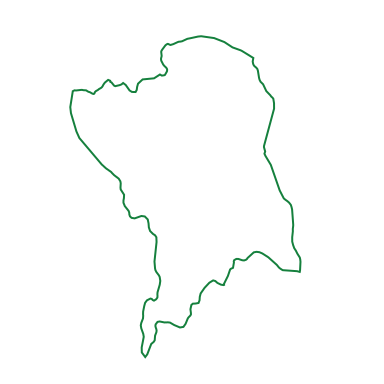 SVG path tracing the border of Rôtânôkiri, rotated 167°
{"feature_id": "KHM-1795", "entity_name": "Rôtânôkiri", "entity_type": "Province", "adm_level": 1, "iso_a3": "KHM", "parent_name": "Cambodia", "parent_adm1": "", "projection": "albers", "projection_center": [107.133, 13.934], "detail": "fine", "context": "isolated", "style": "outline", "palette": "green", "viewbox_px": 384, "rotation_deg": 167, "n_neighbors": 0, "source": "natural_earth", "source_scale": "10m", "svg_char_len": 3512}
<svg xmlns="http://www.w3.org/2000/svg" viewBox="0 0 384 384"><g transform="rotate(167 192 192)"><path d="M274.7,41.7L277.0,46.9L276.0,51.8L271.6,61.7L271.4,64.7L272.1,70.6L271.9,73.6L270.9,75.8L268.2,79.8L267.4,82.4L267.2,83.8L266.5,86.5L264.2,91.6L262.6,94.6L260.2,96.6L256.5,97.5L255.3,96.9L254.6,95.6L253.5,94.7L251.1,95.5L249.5,96.9L249.0,98.5L248.7,100.3L248.1,102.1L244.3,108.9L242.9,112.5L242.6,116.5L243.0,118.2L244.7,122.0L245.2,124.0L245.2,125.8L244.2,132.7L237.8,151.2L236.9,155.9L237.7,158.1L239.5,160.0L241.6,163.4L242.0,167.2L241.4,171.2L241.3,175.2L243.5,178.8L246.7,180.0L253.8,179.2L256.7,180.4L257.9,182.2L258.1,184.1L257.8,186.0L258.0,187.8L260.7,193.5L260.8,194.5L261.2,196.9L260.7,199.1L259.7,201.4L258.8,204.6L260.9,210.5L260.7,212.3L259.5,216.5L259.4,218.5L260.4,221.5L264.0,225.8L265.8,228.7L266.2,229.6L270.5,234.4L273.8,239.2L289.6,269.9L291.0,277.0L292.2,296.1L291.5,302.1L285.5,317.0L285.4,317.0L283.7,317.5L282.1,317.0L276.9,316.4L275.8,316.1L275.1,315.7L273.1,315.1L272.4,314.9L272.0,314.6L271.1,313.6L270.4,313.0L268.9,312.1L267.0,310.3L266.0,309.7L265.4,309.7L264.9,310.0L264.3,311.0L263.8,311.4L263.0,311.9L260.7,312.6L259.5,313.2L257.2,313.9L256.6,314.2L256.1,314.5L255.3,315.2L254.2,316.5L253.0,317.6L252.1,318.3L248.5,320.1L246.7,318.8L246.8,317.7L245.8,316.9L244.0,313.2L243.0,312.4L238.5,312.4L236.5,312.7L234.6,313.7L232.5,311.2L230.0,305.0L228.0,303.0L224.5,302.1L222.9,303.9L221.8,306.8L220.2,309.7L214.8,312.8L203.4,311.3L196.8,313.7L195.2,312.2L192.9,312.0L192.3,312.1L192.0,312.2L189.5,314.9L189.1,315.5L188.9,316.1L188.7,316.8L188.7,317.5L189.1,318.8L189.8,319.9L190.5,320.9L191.1,322.1L191.4,322.7L192.1,325.6L192.2,325.8L192.4,326.9L192.4,327.6L192.3,328.4L192.1,329.1L191.8,329.7L191.2,330.8L190.9,331.7L190.5,335.4L190.2,336.1L189.8,336.6L188.9,337.5L184.9,340.9L183.6,341.5L182.5,341.8L181.9,341.6L181.4,341.2L180.9,340.8L180.4,340.4L179.8,340.1L176.9,340.3L172.1,341.3L170.8,341.4L170.0,341.2L167.8,341.1L162.1,342.3L159.1,342.2L151.2,342.1L148.0,341.7L135.8,337.0L126.7,330.8L120.0,323.8L112.7,319.1L111.5,318.1L102.1,308.8L103.5,305.5L103.6,303.2L103.5,302.4L103.3,301.6L103.0,300.9L102.7,300.4L101.5,298.8L100.7,297.3L100.5,295.4L101.0,288.1L100.9,286.0L100.4,284.0L98.5,281.0L96.9,273.6L93.9,268.6L93.3,267.1L92.4,265.9L91.8,264.6L92.1,260.0L93.3,254.7L111.4,220.8L111.8,219.6L111.6,215.0L112.8,213.0L112.3,210.6L109.1,200.7L106.2,173.8L104.0,165.1L102.7,163.4L101.1,161.6L99.8,159.8L98.6,157.2L98.4,154.9L98.4,152.4L100.7,137.6L101.0,136.3L102.1,133.3L102.6,130.9L104.5,125.5L105.5,121.1L105.4,117.5L105.0,114.2L104.0,111.5L103.2,108.2L101.7,103.9L101.7,102.0L102.0,99.6L104.3,91.5L104.7,90.5L105.0,89.9L107.4,91.2L121.1,95.4L121.9,96.1L123.4,97.7L124.3,98.9L125.7,101.8L132.3,111.2L137.3,116.3L139.9,118.2L142.6,119.2L145.4,119.3L152.7,115.2L153.6,114.3L154.7,113.8L156.7,113.6L158.4,114.2L162.0,116.4L163.9,116.8L166.2,116.1L166.9,115.1L167.0,113.9L169.1,108.9L171.5,108.4L172.3,107.9L175.9,102.1L181.5,95.3L181.6,94.3L182.2,94.2L184.6,95.2L187.7,97.7L189.3,100.0L191.3,101.1L195.5,99.7L201.3,95.8L206.4,91.2L208.0,88.1L209.0,84.8L210.6,82.4L213.4,82.5L213.5,82.5L216.3,83.0L218.0,82.1L219.9,78.1L220.3,74.2L220.6,72.9L221.4,72.0L223.6,70.6L224.5,69.8L227.9,65.0L230.7,62.5L234.2,62.7L239.3,66.4L242.8,69.7L244.7,70.4L248.2,71.1L252.6,73.1L254.8,73.2L257.2,71.2L257.8,69.7L257.8,68.0L257.6,66.4L257.7,64.8L258.3,63.3L259.6,61.4L260.3,60.3L261.7,55.9L263.0,54.6L265.9,53.1L272.1,43.9L274.7,41.7Z" fill="none" stroke="#15803d" stroke-width="2"/></g></svg>